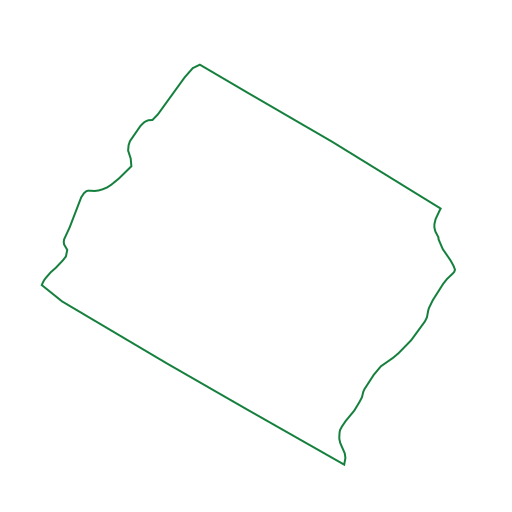 Distrito Federal, Equal Earth projection, rotated 30°
{"feature_id": "BRA-599", "entity_name": "Distrito Federal", "entity_type": "Federal District", "adm_level": 1, "iso_a3": "BRA", "parent_name": "Brazil", "parent_adm1": "", "projection": "equal_earth", "projection_center": [-47.783, -15.766], "detail": "fine", "context": "isolated", "style": "outline", "palette": "green", "viewbox_px": 512, "rotation_deg": 30, "n_neighbors": 0, "source": "natural_earth", "source_scale": "10m", "svg_char_len": 1164}
<svg xmlns="http://www.w3.org/2000/svg" viewBox="0 0 512 512"><g transform="rotate(30 256 256)"><path d="M111.7,118.4L166.9,118.8L264.9,119.0L392.2,122.6L392.3,125.3L393.1,134.3L394.5,139.0L396.0,141.8L397.6,143.6L399.1,145.1L404.6,148.6L405.8,150.3L414.2,156.6L426.6,162.5L431.9,165.7L435.2,168.4L435.6,170.7L435.1,173.0L432.9,180.4L432.0,186.5L431.2,205.9L431.8,214.6L432.4,217.1L434.7,223.6L435.0,228.2L432.5,251.3L428.1,268.7L425.7,275.4L419.3,289.1L417.4,299.9L416.5,317.2L416.8,319.9L418.4,325.4L418.6,330.9L418.4,340.8L416.2,353.7L415.7,360.3L415.8,364.6L416.6,367.0L418.5,370.8L419.5,372.6L422.3,375.7L431.6,382.6L434.4,386.2L436.7,392.6L324.1,393.4L231.8,393.6L110.8,392.3L85.0,388.3L84.7,385.6L84.6,382.6L85.0,379.6L86.4,372.6L88.5,366.4L91.0,355.9L91.6,351.4L89.5,345.1L84.1,342.0L82.5,340.0L81.5,337.5L80.3,324.3L75.3,292.6L75.6,287.7L76.7,284.6L78.2,283.2L83.7,280.4L87.0,277.9L90.0,274.7L92.7,271.2L94.9,266.9L98.5,257.5L103.2,240.6L98.8,234.3L92.5,228.6L90.3,223.8L89.4,219.5L90.9,201.1L91.6,198.4L92.4,195.9L93.6,193.9L95.0,192.2L98.3,190.0L100.2,182.4L104.9,136.9L107.3,124.9L111.7,118.4Z" fill="none" stroke="#15803d" stroke-width="2"/></g></svg>